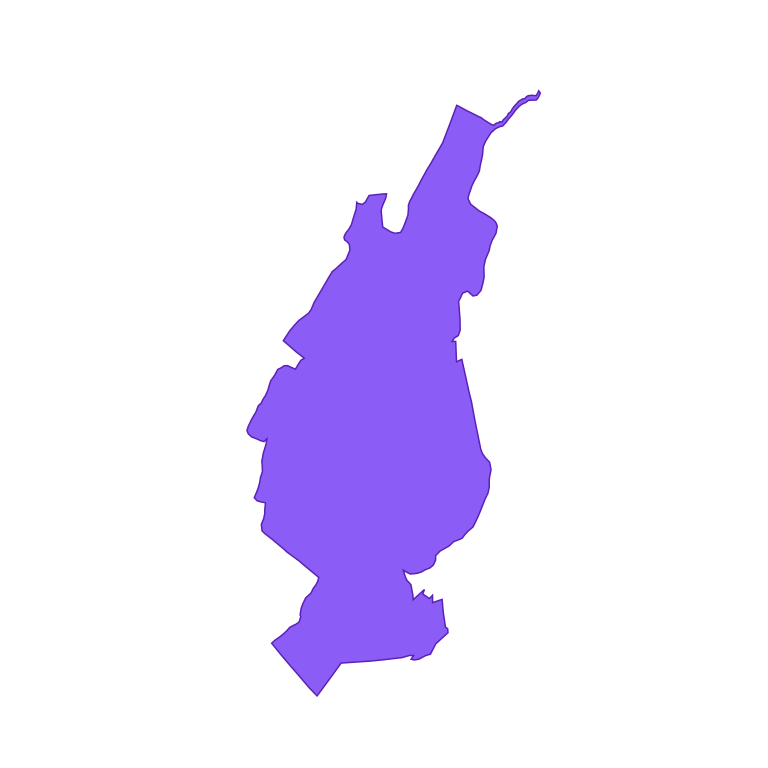 Molo, Rift Valley, Kenya, rotated 192°
{"feature_id": "3690345B84891311296889", "entity_name": "Molo", "entity_type": "district", "adm_level": 2, "iso_a3": "KEN", "parent_name": "Kenya", "parent_adm1": "Rift Valley", "projection": "equal_earth", "projection_center": [35.775, -0.363], "detail": "fine", "context": "isolated", "style": "filled", "palette": "violet", "viewbox_px": 768, "rotation_deg": 192, "n_neighbors": 0, "source": "geoboundaries", "source_scale": "gbopen_adm2", "svg_char_len": 4413}
<svg xmlns="http://www.w3.org/2000/svg" viewBox="0 0 768 768"><g transform="rotate(192 384 384)"><path d="M309.3,120.2L302.8,123.7L298.6,124.5L300.3,120.4L296.8,120.4L292.6,122.1L290.2,124.2L286.8,127.0L282.4,129.4L279.4,140.5L269.7,154.0L270.8,157.8L273.4,159.1L278.7,173.4L282.4,185.4L291.0,180.3L292.6,187.4L295.0,183.6L302.4,186.6L301.7,191.4L310.7,179.0L311.7,183.1L313.7,187.9L315.9,193.2L317.8,194.7L320.5,196.5L322.8,199.4L326.4,205.9L322.3,204.5L318.7,203.6L315.7,204.5L311.8,205.9L308.5,207.8L304.5,211.3L300.9,213.6L298.1,217.1L296.9,222.5L297.8,226.8L294.3,232.4L290.2,236.0L286.6,239.1L283.0,244.4L278.8,247.0L275.4,249.5L273.7,253.3L271.1,257.6L267.2,262.7L265.7,268.6L264.3,274.5L263.2,280.5L262.3,285.9L261.3,291.8L259.6,298.9L259.6,305.0L260.5,309.1L261.2,312.9L261.4,314.9L261.4,318.5L261.5,322.4L263.3,326.9L264.5,329.5L269.2,332.7L272.5,335.7L273.4,336.7L274.2,337.8L275.6,340.0L276.1,341.1L286.8,365.6L295.0,385.4L296.7,388.8L298.9,393.3L313.0,424.3L317.7,420.8L322.7,440.5L326.2,439.9L324.8,443.6L321.4,446.8L320.7,452.7L322.7,461.3L323.0,462.8L328.2,480.4L327.1,484.3L326.1,489.1L321.6,492.2L315.2,488.6L311.6,490.2L308.6,495.8L308.2,503.4L308.3,509.3L310.7,519.4L310.7,526.1L310.5,528.1L310.2,529.4L308.9,536.2L308.9,541.6L308.2,546.6L305.8,554.6L306.0,561.9L307.7,564.6L308.9,565.9L310.2,566.8L313.4,568.6L318.5,570.5L322.5,571.8L326.9,573.1L331.1,575.2L336.5,577.8L340.4,582.8L340.4,586.6L340.2,588.1L339.8,590.7L339.3,595.7L338.0,601.2L336.4,606.3L335.0,612.1L335.3,618.0L335.2,623.3L335.3,629.2L335.8,633.0L336.3,636.8L335.0,642.9L331.7,651.8L328.0,656.9L324.3,659.8L321.6,661.0L319.0,665.3L317.2,669.2L314.9,673.3L312.2,679.3L309.4,683.9L306.9,686.7L303.9,688.8L301.6,691.5L297.6,692.6L294.1,693.4L292.8,695.7L291.5,701.0L293.6,703.0L294.6,699.0L295.2,697.7L296.5,697.5L297.9,697.2L299.4,697.2L300.6,696.7L301.6,696.4L302.9,696.0L303.7,695.3L304.7,694.2L305.3,692.7L306.4,692.1L307.5,691.8L308.8,690.5L310.3,689.3L311.3,688.1L312.1,686.5L313.3,684.5L314.2,683.1L314.9,681.8L315.3,680.6L315.9,679.1L316.4,677.4L317.0,676.1L317.9,675.3L318.7,674.1L319.1,672.0L320.1,670.3L321.0,669.0L322.4,667.0L323.1,665.0L324.2,664.6L325.3,664.7L326.1,663.6L327.2,663.0L328.7,662.2L329.5,661.3L330.5,659.8L333.1,660.3L334.1,660.6L339.1,662.4L341.2,663.2L344.8,664.9L345.9,665.0L348.3,665.6L357.8,668.1L359.0,668.3L368.7,671.2L370.8,671.7L371.4,667.5L373.2,655.0L375.8,638.3L376.2,635.9L376.7,632.3L380.0,622.3L382.5,614.6L384.0,609.7L386.8,601.9L387.6,599.0L390.0,591.2L391.6,585.1L393.7,578.5L394.7,575.5L395.6,572.0L396.9,567.6L397.0,566.3L397.3,563.8L396.5,560.4L395.7,554.1L397.0,545.1L397.8,540.5L399.3,535.7L404.5,533.7L408.9,534.2L417.9,537.3L419.0,540.8L419.5,542.1L419.9,543.4L421.7,549.3L422.6,552.2L422.9,553.8L422.8,555.6L422.4,558.9L421.1,565.2L420.9,567.9L421.1,570.6L424.6,569.6L430.7,567.7L435.3,566.1L436.4,565.8L437.8,565.3L438.6,562.8L439.2,560.9L440.0,558.1L442.6,555.2L444.5,555.2L447.4,555.3L448.4,556.0L447.6,549.3L448.5,540.0L449.0,533.1L450.5,528.3L451.4,526.4L452.1,525.1L453.2,522.2L453.7,519.2L452.5,516.8L449.5,515.4L446.9,513.3L445.2,507.7L447.0,497.8L450.4,493.4L455.4,486.3L458.0,483.2L460.1,477.2L463.5,466.7L466.3,458.3L469.4,448.9L470.7,441.8L472.6,437.5L480.7,428.2L483.7,423.1L487.2,416.6L491.5,405.4L476.3,397.0L467.3,392.6L470.1,390.1L471.7,386.2L473.7,380.1L478.7,381.1L482.2,381.9L485.4,381.1L488.2,378.3L491.0,376.1L492.7,370.0L495.5,363.5L496.0,358.5L496.3,353.7L497.6,348.0L499.2,343.7L500.2,339.6L502.4,336.8L503.5,329.7L504.6,326.7L506.4,321.0L508.0,314.1L508.4,310.1L506.4,307.0L502.4,304.7L496.8,303.8L492.8,302.9L489.4,302.7L487.1,306.0L486.9,300.7L487.3,295.3L487.7,291.2L487.5,286.7L487.5,283.1L486.2,279.1L484.7,273.0L485.4,266.8L485.1,262.2L485.4,256.1L486.2,251.3L487.3,245.8L483.9,243.4L480.9,243.1L475.3,243.2L474.7,238.6L474.6,236.8L473.9,233.4L473.7,231.5L473.7,227.1L474.8,221.3L472.8,215.1L469.9,213.1L460.0,208.3L456.7,206.5L452.8,204.4L447.1,201.4L444.3,199.6L441.4,198.3L430.3,193.3L426.0,190.9L422.2,188.9L407.7,181.3L407.7,177.7L408.8,173.6L410.8,169.1L411.9,164.4L416.1,158.6L417.6,152.5L418.4,147.4L418.0,140.7L417.0,139.1L417.6,133.5L420.0,130.9L421.5,129.7L422.5,129.0L425.7,126.2L427.8,122.4L430.6,118.4L433.8,114.5L437.2,111.0L440.0,107.1L427.8,97.2L416.9,88.8L408.8,82.7L393.6,71.0L384.6,65.0L376.1,83.7L367.9,102.1L355.3,105.7L340.2,110.0L327.3,114.1L309.3,120.2Z" fill="#8b5cf6" stroke="#5b21b6" stroke-width="1.5"/></g></svg>